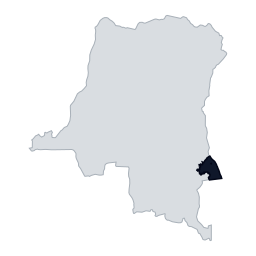 location of Moba, Katanga, Democratic Republic of the Congo
{"feature_id": "63176286B25314267977171", "entity_name": "Moba", "entity_type": "district", "adm_level": 2, "iso_a3": "COD", "parent_name": "Democratic Republic of the Congo", "parent_adm1": "Katanga", "projection": "natural_earth1", "projection_center": [29.107, -7.404], "detail": "fine", "context": "in_parent", "style": "filled", "palette": "ink", "viewbox_px": 256, "rotation_deg": 0, "n_neighbors": 0, "source": "geoboundaries", "source_scale": "gbopen_adm2", "svg_char_len": 6957}
<svg xmlns="http://www.w3.org/2000/svg" viewBox="0 0 256 256"><path d="M221.2,177.4L202.1,180.9L202.4,182.2L202.3,183.5L201.8,184.5L199.8,187.3L196.9,189.8L196.9,190.4L198.4,193.2L199.3,197.1L199.1,203.9L199.5,205.7L199.4,207.2L198.4,208.8L196.5,216.9L197.8,220.9L201.6,224.6L203.8,227.4L207.5,228.3L208.1,228.2L208.4,225.9L211.3,225.0L211.3,239.6L211.1,240.5L210.6,240.6L209.8,240.2L209.6,238.8L208.8,238.2L205.2,240.0L204.3,239.9L203.3,239.6L202.5,238.9L202.3,237.8L199.8,233.5L198.5,233.2L197.1,229.4L191.4,226.6L189.2,226.4L188.0,225.5L186.9,222.5L185.0,220.6L184.5,218.4L184.2,218.1L183.0,218.5L182.0,221.9L180.7,222.7L178.4,222.8L172.5,221.8L168.3,220.1L167.2,220.2L165.5,218.6L164.8,216.0L165.2,214.0L164.9,213.7L158.5,215.4L156.9,216.4L155.5,216.2L155.0,215.6L155.7,214.2L155.3,212.7L154.9,212.0L153.0,211.5L152.4,209.8L151.2,209.6L150.8,209.8L150.5,210.9L149.9,211.3L146.0,210.8L142.0,212.2L136.7,211.8L134.2,213.5L133.8,213.5L133.3,212.6L132.8,209.8L133.0,209.1L133.8,208.5L134.1,207.4L133.8,204.6L134.0,203.9L133.7,202.2L132.9,199.6L131.8,197.5L129.4,194.3L128.9,192.7L129.1,189.1L129.8,183.4L129.7,179.2L128.7,176.4L128.5,173.5L129.1,168.2L128.4,166.9L116.3,166.4L115.8,166.0L115.6,165.3L116.1,162.1L108.7,162.9L106.5,163.5L105.1,164.8L104.7,166.5L104.6,168.8L103.5,171.0L103.2,174.7L101.2,175.1L99.1,175.1L95.2,174.3L91.4,175.4L89.5,176.4L88.5,175.9L85.0,176.3L84.6,176.0L80.6,168.6L78.8,166.2L78.5,165.0L78.6,163.8L78.1,162.3L76.3,158.5L75.9,156.8L76.0,154.0L75.8,153.1L74.1,150.7L73.0,149.9L71.8,149.5L51.9,149.8L45.4,149.4L40.6,149.7L38.2,149.5L37.5,149.1L35.3,149.6L34.2,150.6L32.4,151.1L31.4,150.9L29.3,148.2L32.1,147.7L32.3,147.4L32.4,140.9L31.7,140.0L33.2,138.8L35.6,135.9L37.9,134.9L38.3,134.3L38.8,134.3L39.6,135.6L41.7,137.1L44.2,135.7L44.5,135.4L44.8,132.5L45.4,132.3L46.5,132.9L47.1,132.9L48.2,132.1L51.4,130.7L52.4,132.5L51.5,134.1L51.9,135.3L52.0,137.1L52.5,137.5L55.1,137.7L55.8,137.2L60.8,130.8L62.1,130.0L64.3,127.5L67.1,126.3L68.3,124.3L69.9,120.7L70.6,115.5L70.3,106.4L70.6,105.2L73.9,101.2L77.4,93.8L79.8,91.9L81.6,91.1L84.3,88.4L86.5,85.7L86.2,82.4L86.7,79.7L87.9,76.3L88.3,72.7L87.9,68.8L88.0,65.7L89.7,60.7L89.8,54.9L91.3,50.1L94.2,44.0L95.5,39.5L95.3,35.0L95.7,31.7L95.6,29.7L95.0,28.0L95.3,27.0L96.4,26.5L97.8,24.8L100.2,20.4L102.9,18.3L104.7,17.6L106.6,17.6L107.9,18.0L109.9,19.8L112.2,21.2L114.0,22.9L115.7,25.6L119.8,26.1L121.5,27.1L122.6,27.5L123.0,27.2L123.9,27.4L125.8,28.2L127.3,27.7L135.0,29.5L135.8,28.6L138.0,24.0L139.6,22.4L142.2,22.3L144.2,23.1L145.3,23.1L154.6,19.2L155.9,19.0L159.3,19.9L161.5,19.3L162.4,19.5L164.3,18.8L165.8,16.0L167.1,15.4L180.6,18.4L182.6,16.9L183.6,16.7L186.6,17.8L187.5,19.5L189.3,21.0L190.6,23.4L192.6,24.7L193.6,26.0L194.8,26.9L197.2,27.2L200.3,25.0L202.5,25.3L204.7,26.4L205.5,26.4L207.1,25.1L208.0,23.8L208.8,23.5L210.1,24.1L211.2,25.3L212.1,27.2L215.5,31.3L218.8,33.1L219.6,35.6L220.7,35.4L221.3,35.6L222.2,37.2L222.8,37.5L222.9,38.2L222.1,39.7L221.3,42.6L222.3,44.4L221.5,47.0L221.0,49.6L222.1,50.3L223.5,50.3L224.7,51.6L225.7,51.9L226.7,53.3L226.5,54.6L223.3,58.9L218.4,64.2L216.8,64.9L216.0,65.9L215.4,67.4L214.0,68.7L212.9,69.3L212.8,73.1L211.2,77.1L210.6,77.9L209.7,84.4L209.8,85.5L208.9,90.8L209.1,95.8L206.8,97.3L205.2,99.7L204.5,101.4L204.5,105.4L201.8,107.9L201.6,108.5L202.3,111.3L203.3,111.7L203.3,112.7L205.4,115.7L205.3,125.1L205.4,126.0L206.6,128.2L207.3,132.5L206.5,137.9L209.4,147.8L208.1,151.4L208.7,154.9L210.5,158.5L214.6,162.1L215.7,163.6L216.7,165.5L217.7,168.6L221.2,177.4Z" fill="#d9dde1" stroke="#a8b0b8" stroke-width="1"/><path d="M199.6,164.7L199.8,164.9L200.1,164.9L200.2,165.0L200.3,165.0L200.4,164.9L200.5,165.0L200.8,165.2L200.8,165.3L200.7,165.6L200.4,165.6L200.1,165.7L199.9,165.6L199.7,165.6L199.8,165.5L199.7,165.5L199.5,165.4L199.4,165.5L199.6,165.8L199.8,166.1L199.9,166.3L200.2,166.5L200.4,166.6L200.5,166.7L200.5,166.8L200.4,167.1L200.3,167.3L200.2,167.4L200.1,167.5L199.9,167.5L199.9,167.4L199.8,167.5L199.7,167.5L199.5,167.9L199.5,168.0L199.5,168.3L199.7,168.7L199.8,168.9L199.8,169.2L199.7,169.3L199.4,169.3L199.1,169.3L198.9,169.4L198.7,169.3L198.3,169.4L198.2,169.5L197.9,169.5L197.8,169.4L197.7,169.4L197.6,169.5L197.4,169.3L197.2,169.4L196.9,170.1L196.9,170.3L197.3,170.4L197.4,170.6L197.5,170.8L197.7,171.0L197.8,170.9L197.7,170.8L197.8,170.8L197.8,170.7L198.0,170.6L198.5,170.6L198.7,170.8L198.8,170.8L199.0,170.9L199.1,171.0L199.3,171.3L199.3,171.6L199.2,171.8L199.2,172.1L199.4,172.4L199.5,172.6L199.5,172.8L199.5,173.0L199.9,173.1L199.9,173.3L199.6,173.6L199.6,173.8L199.8,173.9L200.1,173.9L200.2,174.0L200.3,174.1L200.5,174.1L200.8,174.7L200.8,174.8L201.0,174.8L201.4,174.8L201.5,174.7L201.7,174.4L201.8,174.3L201.7,174.2L201.8,174.2L201.9,173.9L201.9,173.7L202.0,173.6L202.0,173.4L202.1,173.2L202.5,173.3L202.7,173.5L202.9,173.6L203.3,173.5L203.3,173.8L203.5,173.8L203.9,173.6L204.0,173.5L204.3,173.5L204.3,173.3L204.3,173.2L204.2,173.2L204.3,173.1L204.3,172.9L204.2,172.9L204.1,172.7L204.3,172.6L204.2,172.4L204.1,172.2L204.3,172.2L204.5,172.1L204.8,172.2L204.9,172.4L205.3,172.5L205.5,172.2L205.8,171.9L206.0,171.8L206.4,171.9L206.5,172.0L206.8,172.2L207.4,171.9L207.5,171.9L207.7,172.0L207.7,172.3L207.7,172.5L207.8,172.6L207.8,172.8L208.0,172.8L208.1,173.0L208.1,173.3L208.2,173.6L208.3,173.6L208.5,173.6L208.5,173.4L208.7,173.2L208.9,173.1L209.0,172.9L209.1,173.0L209.2,173.3L209.6,174.0L209.6,174.3L209.8,174.4L210.0,174.3L209.9,174.4L210.0,174.5L210.0,174.8L210.0,175.1L210.0,175.4L209.9,175.5L209.8,175.8L209.8,176.1L209.7,176.2L209.6,176.3L209.4,176.3L209.2,176.4L209.1,176.5L209.2,177.1L208.9,177.3L208.7,177.3L208.7,177.2L208.6,176.9L208.6,177.0L208.5,177.4L208.5,177.8L208.6,178.0L208.7,178.5L208.8,178.6L208.9,179.1L209.1,179.4L209.2,179.5L209.4,179.6L209.6,179.7L209.6,179.9L221.7,178.4L221.4,177.4L221.1,176.4L220.6,175.3L220.1,174.6L219.7,173.2L219.4,172.1L218.8,170.3L217.8,168.1L217.6,167.4L217.3,166.6L216.8,165.8L216.6,165.3L216.5,164.7L216.3,164.3L215.1,162.2L214.9,161.8L214.5,161.3L213.3,160.3L212.5,159.6L211.7,158.8L211.3,158.4L210.9,157.7L210.5,157.1L209.9,156.1L209.5,156.2L209.3,156.4L208.7,156.7L208.4,157.0L208.1,157.2L208.1,157.3L207.9,157.4L207.6,157.4L207.4,157.5L207.2,157.8L206.9,158.1L206.9,158.3L206.8,158.2L206.7,158.3L206.7,158.5L206.5,158.8L206.5,159.0L206.3,159.1L206.3,159.3L206.2,159.5L205.8,159.6L205.7,159.7L205.5,159.9L205.4,160.0L205.1,160.3L205.0,160.5L204.8,160.7L204.7,161.0L204.3,161.8L204.1,162.2L203.9,162.5L203.7,162.4L203.3,162.2L203.1,162.2L202.7,162.1L202.4,162.0L202.5,162.2L202.5,162.3L202.6,162.7L202.6,162.8L202.9,163.0L202.8,163.3L202.7,163.3L202.5,163.5L202.5,163.8L202.4,164.1L202.4,164.3L202.5,164.4L202.5,164.5L202.4,164.6L202.1,164.3L201.5,164.3L201.4,164.4L201.2,164.4L200.9,164.4L200.7,164.4L200.6,164.2L200.5,164.3L200.4,164.3L200.2,164.4L200.0,164.5L199.9,164.6L199.7,164.7L199.6,164.7ZM211.4,163.7L211.4,163.8L211.2,163.9L211.0,163.7L210.9,163.6L211.0,163.5L211.3,163.4L211.3,163.5L211.4,163.7Z" fill="#0f172a" stroke="#020617" stroke-width="1.5"/></svg>